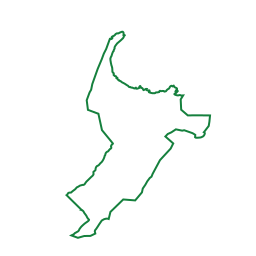 La Toc, Castries, Saint Lucia, rotated 75°
{"feature_id": "8701671B20822148324962", "entity_name": "La Toc", "entity_type": "district", "adm_level": 2, "iso_a3": "LCA", "parent_name": "Saint Lucia", "parent_adm1": "Castries", "projection": "equal_earth", "projection_center": [-61.007, 14.009], "detail": "fine", "context": "isolated", "style": "outline", "palette": "green", "viewbox_px": 256, "rotation_deg": 75, "n_neighbors": 0, "source": "geoboundaries", "source_scale": "gbopen_adm2", "svg_char_len": 5565}
<svg xmlns="http://www.w3.org/2000/svg" viewBox="0 0 256 256"><g transform="rotate(75 128 128)"><path d="M178.7,116.1L167.3,105.4L158.9,92.1L154.6,88.3L145.9,94.1L144.1,91.2L143.4,87.2L142.6,84.8L141.7,82.1L144.6,76.3L144.7,74.3L149.7,67.0L152.0,64.8L153.2,65.2L154.6,65.5L155.0,65.6L154.8,65.6L155.4,63.4L155.8,61.2L155.9,60.6L155.9,59.9L155.9,59.5L155.7,58.5L155.5,57.6L155.1,56.9L154.9,56.6L154.3,56.0L153.8,55.6L153.1,55.2L152.3,55.2L152.1,55.4L151.7,55.8L151.3,55.2L146.9,49.5L142.9,47.7L137.1,45.5L133.7,57.7L131.3,67.0L124.1,71.9L114.0,69.7L110.8,66.3L110.5,67.7L110.4,68.2L110.0,68.8L109.6,69.3L109.5,70.3L109.5,71.1L109.2,72.0L108.7,72.9L108.6,73.1L108.1,73.8L107.7,74.2L107.4,74.4L107.1,74.3L106.9,74.0L106.9,73.5L106.8,73.0L106.7,72.7L106.1,71.7L105.5,70.8L105.2,70.4L104.9,70.5L104.7,70.7L104.7,70.9L104.9,71.3L105.3,71.8L105.4,72.0L105.4,72.5L105.1,72.7L104.6,72.4L104.0,71.7L103.5,71.1L103.2,70.6L102.6,70.5L102.1,70.7L102.0,70.8L101.5,71.4L101.2,71.8L100.8,72.2L100.3,72.6L99.9,72.7L99.3,72.8L99.0,72.9L99.1,73.2L99.3,73.7L99.3,74.3L98.7,74.6L98.5,75.0L98.5,75.7L98.9,76.6L99.6,77.3L100.3,77.9L100.6,78.4L100.7,79.0L101.0,79.9L101.4,80.7L102.2,81.7L102.3,82.0L102.3,82.9L102.2,83.5L101.5,83.9L101.2,84.9L101.1,85.4L101.0,86.4L100.8,86.9L100.4,87.4L100.5,87.9L100.7,88.2L101.0,88.4L101.3,88.6L101.3,89.3L101.2,90.4L101.0,91.2L100.9,91.8L101.0,92.2L101.2,92.5L101.3,93.1L101.1,93.9L100.7,95.4L100.2,96.4L100.0,96.8L99.7,97.2L99.2,98.1L98.8,98.5L98.5,98.5L97.7,97.9L97.7,97.6L97.3,97.6L97.1,97.8L97.0,98.3L97.0,98.8L96.7,99.5L96.3,100.1L96.0,100.3L95.6,100.4L95.3,100.1L95.1,99.9L94.9,100.4L95.0,101.2L95.2,101.6L95.3,102.3L95.4,103.1L95.0,103.4L94.5,103.5L94.3,103.5L93.5,103.7L93.0,104.1L92.7,104.8L92.3,105.1L91.9,105.1L91.6,105.0L91.2,105.1L90.9,105.2L90.6,105.4L90.6,105.6L90.8,105.9L90.9,106.0L91.3,106.5L91.5,106.6L91.7,106.4L92.0,106.3L92.2,106.7L92.3,107.5L92.4,108.8L92.2,109.7L92.0,110.0L91.6,110.1L91.3,109.9L91.1,110.0L91.2,110.5L91.5,110.9L91.5,111.4L91.2,112.0L90.8,112.5L90.5,112.9L90.1,113.4L89.8,114.4L89.5,114.7L89.3,115.0L89.1,115.1L88.8,116.1L88.5,116.4L88.2,116.6L87.7,116.8L87.3,117.0L87.0,117.3L86.5,117.8L85.9,118.4L85.5,118.7L84.9,119.2L84.5,119.6L83.5,120.6L82.9,121.3L82.4,121.9L82.2,122.0L81.8,122.4L81.2,122.7L81.1,122.8L80.6,123.3L80.4,123.6L80.2,124.1L79.9,124.3L79.7,124.3L79.6,124.2L79.4,124.3L79.3,124.6L79.2,124.8L78.5,125.3L78.3,125.4L77.9,125.5L77.6,125.6L77.3,125.3L77.0,125.3L76.9,126.1L76.8,126.3L76.5,126.3L75.8,126.0L75.5,126.0L75.0,126.2L74.7,126.6L74.3,127.4L73.9,127.6L73.6,127.6L73.3,128.0L73.2,128.1L72.2,127.9L71.5,127.6L71.2,127.8L71.0,128.0L70.5,128.1L70.3,128.2L70.1,128.4L69.7,128.5L68.8,128.3L67.5,128.0L66.9,127.9L65.9,127.7L64.6,127.7L63.9,127.7L63.1,127.8L61.6,127.7L60.9,127.7L59.0,127.5L58.6,127.5L57.0,127.2L56.8,127.2L56.3,127.0L56.2,126.9L55.7,126.6L55.2,126.3L55.0,126.1L54.2,125.3L54.0,125.2L52.9,124.5L52.7,124.4L51.4,123.5L50.5,122.8L50.4,122.7L50.1,122.2L49.9,121.9L49.4,121.8L48.9,121.4L48.3,120.9L47.8,120.4L47.5,120.3L46.6,120.1L45.6,119.2L44.9,118.4L44.1,117.3L43.6,116.8L41.4,112.2L40.7,110.9L40.4,110.4L40.0,109.6L39.5,109.1L39.2,108.8L39.0,108.6L38.6,108.4L38.4,108.3L38.1,108.0L37.9,107.8L37.8,107.6L37.7,107.2L37.4,107.2L37.2,107.5L37.4,107.8L37.4,108.2L37.2,108.4L36.7,108.2L36.4,107.9L36.2,107.9L35.3,107.8L34.8,107.7L34.3,107.8L34.2,107.9L34.0,108.0L33.7,108.2L33.5,108.7L33.5,109.3L33.5,109.8L33.6,110.1L33.7,110.5L33.7,110.9L33.7,111.2L33.8,111.7L33.9,111.9L34.0,112.3L34.1,112.7L34.1,113.0L34.0,113.3L34.0,113.5L33.8,113.8L33.7,114.1L33.9,115.1L34.1,115.7L34.3,116.0L34.7,116.4L35.0,117.1L35.1,117.3L35.2,117.5L35.3,117.8L35.4,118.3L35.4,118.6L35.4,118.8L35.5,119.3L35.7,119.8L35.9,120.1L36.1,120.3L36.2,120.2L36.3,120.1L36.4,119.8L36.6,119.7L36.9,119.7L37.1,119.9L37.4,120.1L37.5,120.3L37.6,120.6L37.7,120.8L37.7,121.2L37.6,121.7L37.5,121.9L37.5,122.2L37.3,122.5L46.0,128.6L49.9,132.1L54.7,135.5L63.1,142.0L76.3,151.1L81.5,153.7L83.7,155.9L90.5,160.7L100.1,162.0L106.6,152.9L123.3,153.7L137.0,147.5L137.2,147.4L137.8,147.2L138.4,146.9L139.0,146.6L139.5,147.0L139.8,147.7L140.4,148.6L141.4,149.2L142.0,149.1L142.9,149.3L143.4,149.9L143.7,150.9L144.0,151.3L144.1,151.5L144.4,152.0L145.0,152.7L145.4,153.3L145.5,154.2L145.8,155.0L146.4,155.9L147.4,156.6L148.4,157.1L148.9,157.8L149.9,158.3L151.4,159.4L152.6,160.5L153.6,161.6L154.3,162.6L154.7,163.5L155.0,164.0L156.1,165.5L156.6,166.8L156.8,168.0L157.6,169.0L158.6,169.7L159.7,170.1L160.4,170.5L160.8,171.4L161.4,172.7L161.9,172.9L163.0,173.1L164.0,173.4L164.5,174.0L165.1,174.8L165.7,176.1L166.5,177.5L167.4,179.1L168.3,180.7L169.0,182.0L170.2,183.5L171.1,184.5L171.4,185.4L171.4,185.9L171.2,186.6L171.2,189.3L171.8,191.2L172.1,192.8L173.5,194.9L174.7,197.9L175.6,199.7L175.2,201.7L175.5,202.8L176.8,204.1L177.0,204.7L195.2,194.0L195.6,193.2L195.6,193.7L195.9,193.3L196.8,192.7L197.9,192.4L199.1,192.1L200.2,191.6L201.0,191.3L202.1,190.9L203.3,190.7L204.7,190.3L205.8,189.8L206.2,189.5L206.5,189.4L206.9,189.6L207.5,190.4L208.0,191.6L208.6,193.3L209.2,194.8L210.1,196.6L210.9,198.1L211.6,199.2L212.4,200.2L212.8,200.8L213.3,201.2L213.9,201.7L214.4,202.2L214.8,202.8L215.1,203.7L215.3,204.7L215.6,205.5L215.7,206.3L216.3,207.4L216.7,208.1L216.9,209.3L217.0,210.1L217.1,210.5L221.1,204.8L221.0,198.2L222.5,192.2L221.5,186.9L219.1,186.8L218.2,186.2L217.2,184.8L214.9,182.2L213.6,180.8L210.6,177.3L209.9,174.7L209.9,172.6L210.3,171.1L210.9,170.2L204.5,166.7L195.8,151.1L199.8,139.8L193.8,131.2L190.3,129.4L187.3,125.9L184.5,123.2L181.9,119.9L181.1,117.9L178.7,116.1Z" fill="none" stroke="#15803d" stroke-width="2"/></g></svg>